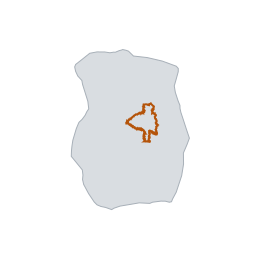 Likolobeng, Maseru, Lesotho (highlighted), rotated 131°
{"feature_id": "5366337B98429078950414", "entity_name": "Likolobeng", "entity_type": "district", "adm_level": 2, "iso_a3": "LSO", "parent_name": "Lesotho", "parent_adm1": "Maseru", "projection": "robinson", "projection_center": [27.995, -29.48], "detail": "fine", "context": "in_parent", "style": "outline", "palette": "amber", "viewbox_px": 256, "rotation_deg": 131, "n_neighbors": 0, "source": "geoboundaries", "source_scale": "gbopen_adm2", "svg_char_len": 6520}
<svg xmlns="http://www.w3.org/2000/svg" viewBox="0 0 256 256"><g transform="rotate(131 128 128)"><path d="M162.4,166.6L156.4,168.6L155.5,168.7L151.7,168.3L146.5,168.7L142.5,169.8L139.3,170.2L134.2,175.8L124.9,190.9L122.4,194.0L121.7,200.0L119.6,204.7L116.9,208.3L114.4,209.2L106.6,207.7L96.7,205.9L90.9,201.3L85.8,195.3L83.1,191.0L80.2,188.6L79.2,187.3L75.2,185.3L73.7,184.2L72.3,183.5L70.7,180.6L69.7,178.1L70.1,171.1L67.2,166.9L62.3,159.8L59.2,154.0L55.0,146.0L52.4,139.2L49.7,132.1L50.1,129.1L52.6,127.0L60.1,123.4L65.9,120.7L70.1,115.6L74.6,108.1L76.9,103.6L79.1,101.6L81.5,98.4L85.7,91.3L90.4,83.5L95.4,75.0L101.8,72.6L110.5,69.8L118.8,62.4L128.8,56.2L144.8,49.5L152.3,47.8L155.1,46.8L156.9,48.1L158.8,51.9L161.6,55.2L167.9,60.8L170.6,62.1L177.1,70.4L184.1,76.1L192.1,82.7L197.6,85.9L200.3,86.8L202.6,92.7L205.0,97.0L206.3,101.0L206.0,105.0L203.4,114.6L199.7,124.4L196.7,128.5L193.1,131.1L189.6,135.0L188.2,142.9L186.6,152.2L181.9,156.0L178.3,158.5L173.4,161.6L162.4,166.6Z" fill="#d9dde1" stroke="#a8b0b8" stroke-width="1"/><path d="M124.1,132.9L123.9,132.6L124.0,132.4L124.5,132.5L124.9,131.9L125.4,132.5L125.7,132.2L124.8,131.2L124.7,130.9L124.5,131.0L124.2,131.3L124.0,131.2L124.3,130.4L124.4,130.0L124.2,129.4L124.6,129.2L124.6,128.8L124.3,128.7L123.8,128.8L123.6,128.6L123.5,128.1L123.6,127.7L124.2,127.4L124.3,127.1L124.2,127.0L123.8,127.1L123.4,126.2L123.5,126.2L123.8,126.5L124.1,126.4L123.8,126.0L123.7,125.6L124.3,125.2L124.4,124.9L124.3,124.7L123.9,124.3L123.8,124.0L123.1,123.8L123.0,123.6L123.0,123.4L123.6,122.8L123.7,122.4L123.5,122.0L123.2,121.9L122.8,121.7L122.7,121.1L122.8,120.8L123.3,120.7L123.4,120.4L123.2,120.2L122.8,120.2L122.4,120.4L122.1,120.6L121.6,120.6L121.6,120.3L122.2,119.5L121.9,118.7L121.5,118.7L121.7,119.1L121.3,119.1L120.8,119.2L120.6,119.1L120.6,118.9L120.9,118.5L120.9,118.3L120.2,118.3L119.7,118.1L119.6,117.9L119.7,117.7L120.9,117.8L121.1,117.6L121.2,117.3L121.1,117.1L120.9,117.0L120.3,117.2L119.7,117.2L119.6,116.9L119.6,116.7L119.9,116.6L120.4,116.6L120.7,116.1L120.4,115.9L120.0,116.0L119.5,115.9L119.6,115.3L119.4,114.9L119.6,114.6L119.7,113.9L120.1,113.8L120.4,113.4L120.2,112.9L120.5,112.9L120.7,112.7L120.2,112.1L120.3,112.0L120.7,112.0L120.8,111.4L121.0,111.7L121.3,111.7L121.6,111.4L121.9,111.3L122.0,111.4L121.9,111.9L122.0,112.0L122.3,111.7L122.7,111.8L122.9,111.7L122.7,111.1L122.9,111.0L123.1,111.2L123.5,111.2L123.8,111.0L123.5,110.5L123.5,110.2L124.1,110.4L124.3,110.4L124.2,109.9L124.5,109.5L124.7,109.0L125.0,109.1L125.0,109.4L125.5,109.5L125.6,109.3L125.3,109.0L125.2,108.5L125.3,108.5L126.0,108.9L126.2,108.3L125.6,108.3L125.4,108.1L125.5,107.9L125.8,108.1L126.1,107.8L126.6,107.7L126.9,107.3L126.6,106.8L126.7,106.6L127.1,106.7L126.9,106.5L126.9,106.4L126.7,106.3L126.8,106.1L126.7,105.9L126.4,105.8L126.0,105.4L125.8,104.8L125.4,104.8L125.1,104.2L124.8,104.0L124.7,103.3L124.6,102.9L124.1,102.5L123.8,102.6L123.5,102.9L123.5,103.5L123.7,104.1L123.5,104.7L122.9,104.8L122.4,105.3L121.8,105.4L121.3,105.2L121.1,105.4L121.2,105.6L120.7,105.6L120.5,105.9L120.7,106.4L120.9,106.4L120.7,106.8L120.2,106.9L120.0,107.1L119.7,107.0L118.8,107.3L118.6,107.5L118.6,107.8L118.3,108.1L118.2,108.5L116.3,110.2L115.8,110.0L115.8,109.8L115.6,109.5L115.8,109.2L115.8,108.7L115.5,108.8L115.5,108.4L115.0,108.3L114.9,108.1L114.9,107.9L115.4,107.9L115.6,107.7L115.2,107.7L114.8,107.5L115.0,107.1L115.5,106.9L115.5,106.7L115.3,106.7L115.2,106.6L115.4,106.5L115.5,106.1L115.0,106.3L114.7,106.1L114.8,106.0L115.1,105.8L115.2,105.7L115.1,105.4L114.8,105.3L114.8,105.0L114.9,104.9L114.9,104.7L114.2,104.7L114.2,104.4L114.6,104.4L114.4,104.4L114.5,104.2L114.3,104.0L114.7,103.9L114.5,103.7L114.6,103.4L114.8,103.3L114.6,103.0L114.7,102.8L114.5,102.6L114.4,102.6L114.3,102.3L114.1,102.1L113.4,102.3L113.2,102.4L113.1,102.7L112.7,103.0L112.8,103.2L112.6,103.6L112.1,103.9L112.0,104.6L111.4,104.9L111.3,105.4L111.1,105.6L111.0,106.2L109.7,106.3L109.5,106.7L108.9,106.9L108.7,107.4L108.5,107.6L106.9,107.2L106.5,107.9L106.1,107.7L106.1,108.1L106.0,108.5L106.0,108.9L106.5,109.2L106.5,109.4L106.0,109.8L106.1,110.2L105.9,110.5L105.5,110.7L105.2,110.5L104.6,110.5L103.9,110.9L103.7,111.2L103.7,111.5L103.4,111.7L103.3,112.5L102.9,112.9L103.1,113.2L103.1,113.7L102.4,114.5L102.2,114.9L101.9,115.2L100.3,115.1L100.0,115.4L100.1,115.7L100.1,116.1L100.1,116.3L100.0,116.5L99.8,116.5L99.8,117.2L99.6,117.4L100.2,117.6L100.1,118.3L100.0,118.7L100.2,119.0L100.7,119.3L101.2,119.4L101.1,119.5L100.8,119.7L100.4,119.7L99.8,120.1L100.0,120.2L99.8,120.2L99.7,120.7L99.3,121.4L99.1,121.2L98.7,121.3L98.3,121.1L98.2,121.4L98.2,121.6L97.9,121.8L98.0,121.9L97.7,122.0L97.5,121.7L97.5,121.4L97.4,121.3L97.4,121.0L97.1,120.9L96.7,121.2L96.5,121.9L96.1,122.1L95.8,122.1L95.1,122.3L94.9,122.4L94.7,122.9L94.9,123.4L94.8,123.6L94.8,124.7L94.7,125.6L94.8,126.2L94.6,126.6L94.5,126.9L95.2,127.0L95.6,127.4L95.9,127.4L96.1,127.6L96.7,127.4L96.8,127.3L96.9,127.6L97.2,127.5L97.3,127.7L96.9,127.8L96.8,128.0L97.2,128.2L97.3,128.5L97.9,129.2L98.2,129.9L99.2,130.8L99.5,130.8L100.3,131.2L100.3,131.5L100.7,131.3L100.7,131.0L100.9,131.0L101.1,130.6L101.4,130.4L101.4,130.2L101.3,129.9L101.5,129.5L101.8,129.7L102.2,129.5L102.4,129.9L102.5,129.7L103.1,129.4L103.3,128.9L103.8,128.9L103.9,128.7L103.7,128.7L103.7,128.4L103.8,127.7L104.5,128.2L104.8,127.8L104.6,127.7L104.4,127.8L104.2,127.0L104.5,127.0L104.6,126.6L105.0,126.5L105.4,126.2L106.0,126.5L106.2,126.9L106.4,126.7L106.6,126.5L106.6,126.8L106.8,126.6L107.0,126.8L107.2,126.6L107.1,126.9L107.4,126.8L107.6,127.2L107.5,127.4L107.7,127.6L108.0,127.6L107.9,127.7L108.1,127.7L107.9,127.9L108.0,127.9L108.1,128.1L108.3,128.1L108.2,128.1L108.4,128.0L108.6,128.1L108.7,128.3L109.0,128.4L108.9,128.6L109.0,128.6L109.0,128.9L109.2,129.0L109.4,128.9L109.5,129.0L109.4,129.1L109.7,129.2L109.6,129.4L109.8,129.4L110.1,129.7L110.6,129.7L110.8,129.6L111.0,129.6L111.3,129.8L111.6,129.8L111.6,130.2L112.2,130.6L112.9,130.8L112.9,131.1L113.0,131.1L114.2,131.4L114.7,131.4L115.0,131.7L115.3,131.6L115.6,131.3L116.2,131.7L116.8,131.9L117.2,131.8L117.7,131.9L118.1,131.8L118.2,132.0L118.5,132.0L119.0,131.9L119.0,132.1L119.4,132.1L119.7,132.2L119.7,132.3L120.0,132.2L120.1,132.3L119.9,132.4L120.2,132.4L120.3,132.6L120.3,132.4L120.5,132.6L120.6,132.4L120.8,132.4L120.9,132.5L121.3,132.6L121.5,132.5L121.8,132.5L122.1,132.6L122.1,132.8L122.4,132.8L122.5,132.7L122.6,132.8L122.7,132.7L122.8,132.9L123.0,132.8L122.8,133.0L123.1,132.9L123.3,132.9L123.5,132.8L123.5,133.0L123.7,132.8L123.8,132.9L124.0,133.0L124.1,132.9Z" fill="none" stroke="#b45309" stroke-width="2"/></g></svg>